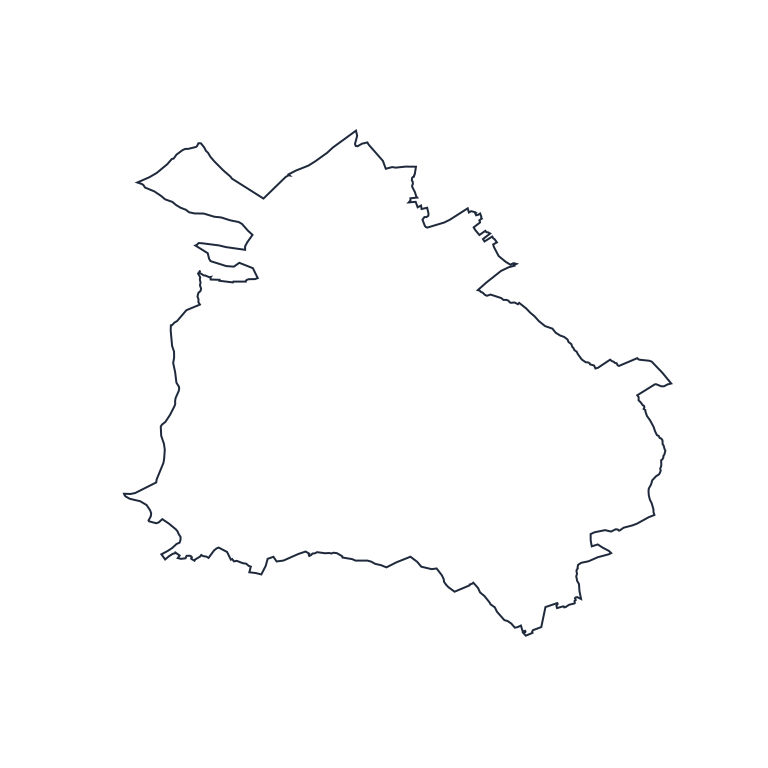 Madulari, Vâlcea, Romania, rotated 166°
{"feature_id": "2599482B97246339752941", "entity_name": "Madulari", "entity_type": "district", "adm_level": 2, "iso_a3": "ROU", "parent_name": "Romania", "parent_adm1": "Vâlcea", "projection": "natural_earth1", "projection_center": [24.096, 44.675], "detail": "fine", "context": "isolated", "style": "outline", "palette": "slate", "viewbox_px": 768, "rotation_deg": 166, "n_neighbors": 0, "source": "geoboundaries", "source_scale": "gbopen_adm2", "svg_char_len": 6166}
<svg xmlns="http://www.w3.org/2000/svg" viewBox="0 0 768 768"><g transform="rotate(166 384 384)"><path d="M505.8,662.5L507.8,660.1L509.1,659.5L516.9,659.5L520.1,660.2L523.1,659.6L529.8,656.8L533.6,653.6L535.4,653.7L541.1,649.7L553.4,643.8L561.6,641.4L574.6,639.2L570.4,636.5L569.4,635.4L568.3,632.4L560.2,626.4L554.7,620.3L551.7,616.1L545.3,611.9L542.4,607.9L538.8,604.3L534.0,600.9L531.6,597.8L526.5,595.3L517.7,593.0L508.3,587.4L501.7,585.0L493.6,580.0L485.8,576.3L483.1,573.7L479.0,565.8L475.5,560.5L482.5,554.5L485.5,551.1L486.3,547.8L504.3,555.1L510.6,558.4L526.3,564.5L529.8,565.6L532.0,564.2L533.5,564.0L523.4,553.6L523.4,547.8L522.6,545.2L508.4,536.5L501.2,534.2L495.1,536.6L483.2,528.1L480.9,517.3L483.8,517.0L489.9,518.4L492.0,518.2L493.1,517.5L493.3,516.8L505.4,519.8L506.0,519.1L518.8,524.0L518.4,524.9L526.9,527.3L526.7,529.4L526.2,529.8L527.7,529.9L531.3,532.6L532.4,532.8L536.3,536.7L534.8,538.6L537.7,536.1L536.5,532.0L537.4,530.1L537.5,526.6L538.7,524.4L538.4,520.6L539.7,518.5L542.0,517.4L543.8,514.1L543.5,511.1L544.3,508.3L543.4,505.6L557.9,503.4L569.6,495.1L572.4,494.3L575.6,492.3L576.6,492.5L578.0,487.7L580.4,472.2L579.9,466.2L581.2,460.6L583.5,455.3L583.8,445.9L585.0,436.4L585.0,435.1L583.6,431.0L583.8,429.2L584.8,427.0L589.6,420.8L590.9,417.8L591.3,415.4L592.4,413.5L599.1,405.8L605.3,400.1L609.3,398.3L610.9,396.7L612.7,387.7L612.0,379.2L612.6,373.3L615.4,364.7L617.1,360.8L627.7,346.4L628.8,343.6L651.9,338.4L656.5,338.6L662.8,340.4L662.5,338.5L661.7,337.2L658.4,334.1L648.9,329.2L643.7,324.1L641.5,318.1L641.2,314.9L642.2,312.2L645.5,308.5L645.2,307.6L638.7,304.0L636.1,304.2L631.8,306.5L626.4,300.5L621.1,293.3L619.9,290.7L619.5,287.9L618.4,284.9L619.1,282.1L620.7,279.5L623.9,279.0L629.2,276.1L634.4,274.3L641.2,272.6L638.8,266.7L634.3,268.9L629.9,270.4L627.7,270.3L627.2,271.0L623.8,267.0L626.2,265.0L623.4,263.5L618.8,262.9L617.1,265.0L614.1,264.4L612.6,263.2L612.4,262.2L613.3,261.5L613.2,260.8L610.6,258.4L609.9,259.3L604.1,261.1L602.7,262.3L601.2,260.8L598.1,259.5L596.3,257.7L589.2,263.6L586.1,265.0L584.0,265.3L576.9,259.0L575.1,250.6L573.7,250.9L572.5,248.2L569.6,248.0L564.5,244.4L561.1,242.9L559.3,240.3L557.4,239.0L560.2,233.9L554.2,231.6L549.1,228.9L542.8,236.1L539.2,242.5L533.1,243.1L531.1,237.8L524.3,237.0L508.2,239.8L500.6,240.4L497.6,237.5L498.4,236.5L498.1,235.2L496.0,235.7L494.4,236.8L492.0,236.4L489.6,237.0L482.0,234.0L478.1,233.3L476.2,232.3L473.9,232.5L470.7,231.3L466.2,227.0L466.3,225.7L457.3,221.8L454.3,219.5L442.7,216.6L439.5,214.8L436.0,211.6L430.7,208.9L426.0,205.5L415.0,208.0L400.1,210.0L394.8,203.4L392.0,197.7L382.5,192.8L377.6,192.3L374.1,184.3L373.3,180.4L373.6,177.6L372.4,174.4L370.8,171.5L365.8,165.4L349.7,167.9L349.4,168.7L346.9,168.9L345.4,169.6L342.1,163.3L341.2,158.5L337.8,153.9L334.3,146.2L334.0,144.5L330.5,140.5L329.5,135.7L324.3,125.7L321.5,124.2L318.4,120.7L316.0,115.9L313.0,115.8L309.6,116.5L309.3,110.3L306.8,110.4L306.6,109.6L306.9,109.1L309.1,108.8L307.3,105.5L300.1,106.6L300.2,107.7L299.1,109.1L290.2,110.1L281.3,128.5L268.9,129.5L268.7,128.6L270.4,127.1L270.3,124.7L264.0,124.9L263.4,124.7L263.2,123.7L261.8,123.6L257.9,125.0L252.2,125.0L251.8,125.5L251.6,127.4L250.2,128.0L250.5,130.0L249.9,130.5L248.1,130.5L244.8,127.7L244.4,136.2L243.2,142.7L244.2,146.1L244.0,150.9L242.6,153.2L242.6,155.4L242.0,157.1L240.5,158.3L240.5,159.4L239.4,161.6L235.9,162.8L228.5,162.5L218.5,164.2L207.0,164.4L204.5,165.0L206.2,167.7L211.5,172.4L215.4,176.6L221.7,176.2L221.3,182.2L219.8,188.4L215.6,189.2L204.8,188.7L199.4,185.9L194.3,187.0L192.3,186.2L191.8,185.1L190.9,184.8L186.2,186.6L177.3,186.7L172.3,187.3L159.4,190.7L153.3,191.5L153.5,194.7L152.9,196.9L153.1,203.5L154.0,207.5L154.0,211.9L153.2,216.3L152.3,218.6L149.1,222.0L147.0,225.7L142.3,228.7L139.0,229.8L138.0,230.8L136.5,232.9L136.5,235.0L134.7,237.7L133.5,243.0L132.1,243.5L130.6,245.3L130.4,246.5L128.9,247.9L127.1,251.3L127.5,252.7L127.6,256.9L128.2,258.2L127.4,262.0L128.2,264.0L129.5,264.9L130.1,267.3L131.5,268.3L132.4,272.3L132.8,277.2L134.6,284.3L136.6,289.4L137.0,293.9L136.7,295.4L138.1,297.0L137.0,298.3L137.0,299.8L138.1,300.9L139.5,304.4L140.9,306.4L140.1,309.7L141.0,311.8L121.1,318.2L119.9,317.9L115.7,314.8L113.0,314.0L109.0,315.0L105.2,315.0L111.2,327.6L118.8,340.9L121.0,342.4L130.1,345.7L131.2,346.4L132.0,347.8L151.6,344.7L152.7,345.5L153.3,347.9L154.9,348.6L155.7,350.0L157.3,351.0L158.7,352.9L172.4,348.0L175.1,347.9L175.7,351.1L179.3,353.2L179.5,354.4L180.6,355.5L183.0,356.3L186.1,359.8L188.7,366.1L189.2,368.6L191.1,370.9L191.5,373.2L192.3,374.3L192.6,377.4L194.8,380.1L195.1,382.7L197.9,386.2L201.2,388.3L205.0,392.2L207.2,397.0L213.7,401.2L218.6,407.7L221.5,413.2L224.9,417.9L227.7,422.8L233.2,430.0L234.7,429.0L237.6,431.5L241.3,432.1L242.1,432.7L243.1,434.7L244.7,435.9L247.9,436.8L249.4,439.0L259.0,445.0L262.8,444.7L264.7,446.3L266.0,448.6L268.0,450.2L268.4,451.3L270.3,452.4L259.9,457.8L243.1,465.4L234.8,467.1L228.9,467.2L229.1,467.9L226.5,468.5L229.0,469.9L232.5,469.2L236.2,472.9L241.8,480.4L244.2,490.3L244.3,493.0L240.2,494.1L241.6,497.6L242.8,499.1L243.3,500.9L252.0,498.0L252.9,500.7L244.6,504.3L246.5,506.1L247.9,506.5L248.6,508.1L255.4,505.5L258.2,511.3L259.1,514.3L251.9,517.4L251.6,517.9L251.9,519.8L249.1,520.8L249.5,521.8L249.1,523.0L249.5,526.2L251.7,525.4L253.8,525.4L254.2,527.4L253.3,527.8L254.1,528.7L257.6,530.6L260.1,529.9L260.3,534.2L280.5,527.4L286.7,526.1L304.2,525.3L305.5,526.3L306.1,527.5L306.9,534.1L304.4,536.2L302.4,535.7L300.3,536.5L299.6,538.5L299.5,544.6L305.2,544.7L304.9,548.2L308.6,547.3L309.2,553.1L316.1,554.2L313.9,555.7L313.5,557.8L306.7,556.9L307.3,558.0L307.6,562.8L308.9,568.3L308.8,569.5L307.6,571.1L307.2,573.2L307.7,574.8L307.1,576.8L306.1,577.8L304.8,577.9L304.3,579.3L303.6,579.7L300.4,587.1L310.4,589.7L320.3,591.1L323.6,592.5L330.2,592.4L331.1,600.8L341.0,620.0L341.7,622.4L347.2,622.5L352.1,621.1L353.8,621.8L354.1,623.9L350.0,631.3L349.9,636.6L376.5,625.8L383.2,622.1L397.1,616.6L404.5,614.2L417.8,612.4L425.9,610.5L425.1,609.2L426.0,609.6L429.3,608.7L456.1,593.1L481.8,620.0L482.9,622.5L488.3,630.2L494.8,641.1L497.5,646.5L498.8,650.9L500.3,653.2L501.2,657.0L503.4,661.8L505.8,662.5Z" fill="none" stroke="#1e293b" stroke-width="2"/></g></svg>